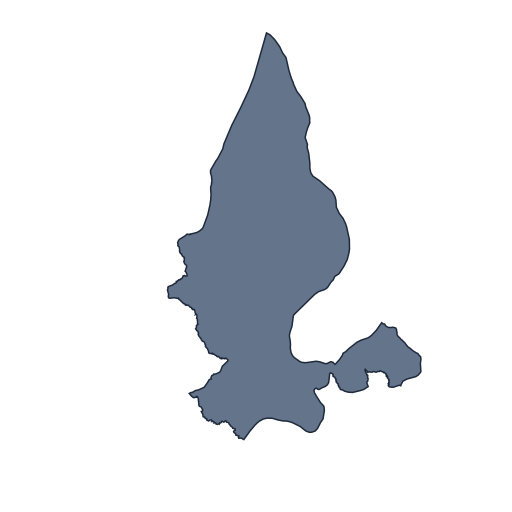 Khong Chiam, Ubon Ratchathani, Thailand, rotated 329°
{"feature_id": "78962969B36497134874209", "entity_name": "Khong Chiam", "entity_type": "district", "adm_level": 2, "iso_a3": "THA", "parent_name": "Thailand", "parent_adm1": "Ubon Ratchathani", "projection": "orthographic", "projection_center": [105.428, 15.463], "detail": "fine", "context": "isolated", "style": "filled", "palette": "slate", "viewbox_px": 512, "rotation_deg": 329, "n_neighbors": 0, "source": "geoboundaries", "source_scale": "gbopen_adm2", "svg_char_len": 6166}
<svg xmlns="http://www.w3.org/2000/svg" viewBox="0 0 512 512"><g transform="rotate(329 256 256)"><path d="M313.3,441.8L313.9,441.1L317.3,439.0L322.0,439.2L330.8,441.7L333.7,441.6L337.1,440.5L337.9,439.8L341.6,432.7L344.2,429.5L345.2,427.1L344.6,424.8L344.5,423.0L343.4,421.4L341.8,418.3L340.4,414.1L339.6,412.7L339.0,409.3L338.8,406.5L338.2,405.3L338.1,404.0L337.2,401.7L337.1,400.2L336.4,398.1L336.4,395.8L337.7,393.9L337.8,392.6L338.6,391.5L338.7,389.7L336.7,387.6L333.9,386.3L332.3,385.0L331.3,383.1L331.2,380.5L330.1,379.8L329.4,377.9L320.8,381.7L313.8,383.6L310.0,383.9L303.0,382.3L298.4,381.9L287.8,383.2L283.9,384.2L280.5,384.2L278.8,385.7L274.4,387.7L268.5,389.5L267.7,389.5L267.3,386.9L266.1,385.5L265.6,385.1L261.1,384.7L259.7,383.7L256.1,379.5L253.4,377.2L243.5,373.0L240.8,371.0L239.4,369.4L236.5,362.9L236.0,360.2L236.3,356.9L237.9,352.7L240.0,349.6L241.5,346.6L243.5,341.5L245.9,338.8L250.6,334.8L256.9,326.9L258.1,325.9L286.6,319.1L291.3,318.8L297.6,320.1L299.9,320.0L301.4,319.7L306.9,317.0L309.8,316.3L313.0,314.1L318.0,314.0L326.2,310.0L332.3,306.1L336.9,301.6L339.6,298.4L344.6,289.8L348.5,278.3L349.4,274.5L350.0,268.7L349.3,262.3L350.0,255.6L353.3,249.2L353.7,247.7L354.2,246.0L354.5,240.6L354.2,238.9L353.0,236.2L349.3,224.3L345.9,216.9L345.8,212.9L347.4,208.5L350.0,204.1L354.0,195.3L355.8,189.2L357.6,186.8L359.1,179.8L363.1,175.6L366.3,172.8L370.9,169.4L371.1,168.6L373.1,165.4L374.0,162.9L375.5,153.5L376.6,150.5L376.5,142.4L375.8,135.8L376.7,128.0L377.2,126.7L377.8,122.0L379.7,114.2L383.9,101.4L383.4,95.5L384.1,88.9L383.5,80.4L382.0,73.8L379.9,70.2L346.6,101.3L335.5,110.0L319.8,120.6L302.5,131.5L286.2,143.4L282.6,147.1L273.2,152.8L270.7,153.8L261.2,159.1L259.7,161.6L259.1,164.3L257.0,168.7L256.2,169.9L255.4,170.4L255.2,171.3L253.0,173.2L251.9,174.7L249.1,180.2L246.0,184.6L243.1,188.2L235.9,195.8L225.2,204.4L223.1,205.1L220.3,205.5L217.4,205.4L212.2,203.8L210.5,203.6L210.7,203.2L209.8,203.2L208.6,202.0L207.6,201.7L206.1,202.2L198.9,202.3L197.7,202.7L195.6,204.3L195.2,205.9L194.3,206.9L194.8,208.6L193.7,211.5L193.0,212.2L192.9,213.4L192.5,213.8L192.8,215.5L193.2,215.7L192.9,218.0L193.8,220.6L193.3,220.9L192.2,223.0L191.1,223.6L191.3,224.3L190.9,225.3L190.9,226.1L191.6,228.4L191.2,229.3L187.4,232.6L187.7,233.4L187.3,236.6L186.4,237.6L184.8,236.4L184.6,235.8L183.8,235.6L182.9,235.6L182.5,236.3L180.5,237.2L179.5,236.8L178.2,237.2L178.0,236.8L177.4,236.6L176.9,236.9L175.4,236.9L175.2,237.2L174.5,236.8L173.8,237.8L173.1,238.0L172.0,237.6L169.6,237.9L165.9,237.2L164.4,237.3L164.0,238.3L162.6,239.5L161.3,244.0L160.2,245.2L159.6,246.4L159.7,247.1L160.3,247.8L164.5,249.7L166.6,251.7L167.8,252.2L167.6,253.5L168.1,253.8L168.1,254.6L169.4,259.5L170.2,260.1L170.2,261.5L170.7,261.6L170.7,262.3L171.5,262.4L172.0,263.1L172.8,263.5L173.0,265.5L174.2,267.1L173.8,268.0L174.2,268.4L174.1,269.3L175.6,270.0L175.2,270.8L175.3,272.0L174.6,273.3L174.5,275.0L174.2,275.1L174.9,275.3L174.9,276.3L174.1,277.7L173.1,278.6L173.2,280.2L172.6,280.7L172.5,281.5L171.1,283.8L171.2,284.6L169.1,284.9L168.1,286.7L166.7,287.3L167.0,288.5L166.7,289.2L167.4,290.5L167.2,291.0L167.3,291.4L166.9,292.2L167.0,292.8L166.1,293.3L165.8,295.0L166.1,297.7L166.4,297.9L166.0,299.6L166.2,301.4L167.1,302.6L167.3,303.4L167.1,304.9L166.8,305.5L167.0,306.1L166.0,307.6L166.6,310.4L166.3,313.0L165.6,314.7L166.2,315.7L167.7,316.6L167.8,317.2L168.5,316.9L168.9,317.4L168.8,318.1L169.6,318.8L170.0,320.2L170.8,321.0L170.7,321.9L171.4,322.7L172.1,322.8L172.7,325.5L173.4,326.1L174.0,325.8L174.0,326.6L174.9,326.5L176.1,327.9L176.9,327.7L177.2,328.3L177.7,328.2L178.4,330.6L177.9,331.4L170.3,333.2L166.4,336.3L164.8,336.9L160.8,336.4L158.8,335.4L157.9,336.0L156.4,335.8L154.9,336.9L154.4,338.3L153.8,338.0L152.2,337.9L148.7,339.8L144.0,341.8L138.0,341.2L134.5,340.1L131.8,340.2L130.0,339.6L128.0,339.4L128.6,343.1L129.4,345.2L130.7,345.8L131.0,345.6L132.2,346.4L132.9,345.9L133.4,346.6L133.1,348.5L130.2,354.5L130.1,355.7L131.2,357.1L131.1,360.4L130.4,361.3L129.0,361.1L128.8,362.6L129.2,363.4L127.9,366.5L128.3,367.1L129.1,367.6L128.8,368.5L128.9,369.1L129.9,370.3L129.3,371.2L130.4,373.0L132.5,373.0L133.4,373.5L133.4,373.8L133.9,373.7L133.4,373.9L133.3,374.6L133.6,375.1L133.0,375.2L134.5,376.3L134.6,376.9L134.1,377.5L134.7,377.6L135.1,378.2L135.5,378.4L135.1,380.1L135.5,379.6L136.1,380.5L137.5,380.6L137.8,381.2L138.9,380.3L139.8,380.9L140.7,380.7L141.3,380.0L141.9,380.3L142.9,381.9L144.9,381.4L145.3,381.7L145.4,382.3L145.1,383.2L146.1,384.0L146.6,384.9L146.4,386.8L146.8,387.6L146.7,388.6L147.4,390.2L147.4,391.9L149.1,393.2L148.5,394.6L147.2,394.5L146.3,395.0L146.2,395.8L147.0,397.8L146.4,399.0L148.6,401.5L147.8,401.9L147.3,403.2L149.5,404.4L151.0,407.1L160.8,402.9L168.1,400.4L171.5,399.6L174.0,399.3L178.4,399.5L182.2,400.8L186.4,403.5L190.5,408.0L194.6,411.6L197.3,413.3L199.6,415.5L201.6,417.9L206.1,424.9L208.5,431.5L210.4,434.0L211.5,435.0L213.1,435.8L216.8,436.5L220.0,435.5L225.5,432.0L229.5,430.2L235.0,423.7L236.4,420.9L236.8,419.4L235.8,414.9L235.6,406.2L235.7,403.3L236.6,400.8L238.1,400.2L239.5,400.2L240.5,402.3L241.7,403.0L244.5,402.9L248.0,403.5L250.8,403.2L253.1,401.9L258.1,395.4L258.9,394.6L259.5,394.5L261.0,396.2L260.6,397.5L260.9,398.0L260.1,398.8L261.2,400.8L260.9,401.5L261.2,402.7L260.5,403.3L260.6,404.5L260.0,404.8L259.8,405.7L260.6,408.2L259.9,408.9L260.1,409.6L259.5,410.7L260.0,411.8L259.6,413.8L260.1,414.5L261.0,414.9L262.3,417.5L264.9,420.2L268.5,422.7L275.5,424.9L279.7,425.9L284.9,425.7L285.7,421.7L286.3,421.1L287.3,420.8L288.9,419.0L288.9,417.9L290.3,415.9L290.3,415.4L289.7,414.9L290.2,413.2L290.2,411.5L290.6,410.0L291.3,409.4L291.6,410.3L291.3,410.8L291.9,411.7L291.9,413.3L293.1,413.4L294.8,414.8L296.1,415.5L297.0,415.3L299.1,417.5L301.1,417.7L302.2,418.5L302.8,418.2L303.4,418.3L304.0,419.6L305.2,420.6L305.3,421.7L306.1,421.8L306.2,422.9L306.6,423.5L306.4,424.2L306.8,424.7L306.7,425.6L306.1,425.5L305.7,426.3L305.9,426.8L306.4,426.5L306.7,427.1L305.9,428.4L306.4,430.8L305.7,431.0L305.6,431.9L304.7,432.6L304.8,433.3L304.3,433.3L304.1,433.7L303.7,433.6L303.8,434.7L302.8,434.8L302.6,435.6L302.9,436.8L304.9,438.5L306.4,439.3L312.1,440.5L313.3,441.8Z" fill="#64748b" stroke="#1e293b" stroke-width="1.5"/></g></svg>